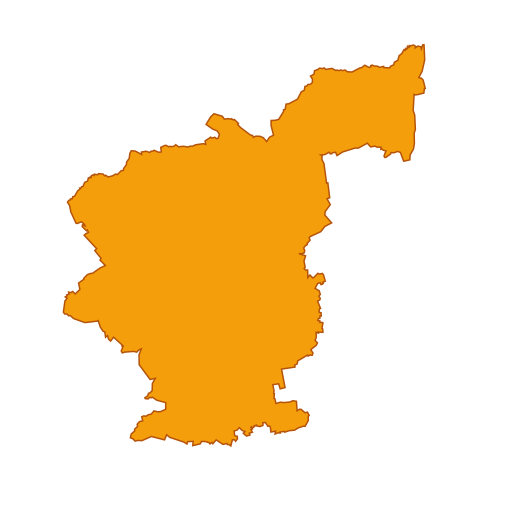 Carrick-On-Suir Lea-5, South Tipperary, Ireland, rotated 261°
{"feature_id": "5873133B72256716491480", "entity_name": "Carrick-On-Suir Lea-5", "entity_type": "district", "adm_level": 2, "iso_a3": "IRL", "parent_name": "Ireland", "parent_adm1": "South Tipperary", "projection": "orthographic", "projection_center": [-7.586, 52.495], "detail": "fine", "context": "isolated", "style": "filled", "palette": "amber", "viewbox_px": 512, "rotation_deg": 261, "n_neighbors": 0, "source": "geoboundaries", "source_scale": "gbopen_adm2", "svg_char_len": 6025}
<svg xmlns="http://www.w3.org/2000/svg" viewBox="0 0 512 512"><g transform="rotate(261 256 256)"><path d="M85.3,281.9L89.4,282.5L90.3,283.6L93.8,282.3L93.5,279.9L97.6,276.4L97.8,275.0L96.7,272.4L106.2,273.2L107.3,269.7L106.5,266.8L106.8,261.1L107.8,257.1L107.2,252.6L111.9,252.4L112.4,251.5L117.0,252.6L117.2,251.9L120.0,252.7L126.3,252.5L126.2,258.4L121.0,259.1L121.5,264.1L140.3,263.5L140.2,277.1L142.1,277.1L143.0,279.8L145.9,280.8L150.1,291.5L149.0,291.8L149.7,293.7L149.2,296.0L151.2,297.1L155.0,295.5L158.3,301.5L160.6,303.1L163.3,301.2L166.6,302.9L171.2,303.4L170.1,305.6L171.2,305.5L170.1,310.1L173.5,310.5L174.2,309.8L179.5,311.7L180.1,311.0L180.3,308.7L181.9,309.0L182.6,307.0L184.5,307.8L184.4,309.3L186.8,309.8L186.5,311.0L189.8,311.4L190.4,309.7L191.9,309.7L194.2,310.7L194.2,311.5L201.7,309.8L202.8,312.3L204.3,312.8L206.5,311.7L208.0,313.5L211.7,313.0L214.8,309.3L219.3,312.7L219.6,315.1L217.6,315.7L217.7,317.2L218.4,317.3L218.6,318.3L219.8,318.1L220.3,320.5L226.9,319.7L228.4,318.8L228.3,315.9L229.2,314.4L225.5,309.4L225.4,308.7L228.8,306.3L226.6,303.8L234.1,304.8L234.2,303.0L236.0,301.6L237.2,302.8L243.5,302.6L248.4,305.0L251.7,298.7L251.1,301.5L251.5,304.0L253.6,305.0L256.3,304.3L258.1,305.9L259.3,308.5L260.4,308.4L263.2,311.9L265.9,311.4L266.7,312.5L269.9,323.8L274.4,328.6L276.9,335.9L285.6,330.4L289.1,331.3L295.1,337.4L301.5,335.1L302.0,337.9L317.0,338.4L317.0,337.1L336.5,337.6L341.0,336.2L344.8,337.0L345.6,335.9L345.4,340.0L347.1,344.4L345.3,345.3L345.1,346.8L346.1,347.6L346.0,350.8L342.5,351.7L345.2,357.9L347.1,370.6L346.6,374.1L350.0,383.6L345.8,386.3L345.9,390.7L344.6,392.5L343.9,396.5L341.9,396.0L342.0,397.0L340.7,398.0L339.5,400.8L334.8,398.1L333.3,398.5L333.1,399.7L335.6,404.8L337.0,405.5L336.4,408.1L337.1,412.4L335.7,414.8L326.5,416.7L326.9,423.0L331.7,424.0L336.9,428.2L342.2,430.0L352.7,431.5L356.0,433.2L370.3,434.8L375.1,434.0L390.8,437.4L390.2,437.9L390.1,440.9L390.7,447.3L395.0,448.5L395.0,449.4L403.7,448.6L405.8,447.1L406.7,444.7L412.5,449.0L423.3,453.3L438.3,455.0L438.5,453.7L434.7,451.7L436.9,451.5L438.0,448.8L436.8,445.9L438.1,446.4L439.7,444.7L439.5,441.5L438.5,440.5L439.7,440.1L438.1,438.7L439.1,438.3L437.0,437.5L436.7,436.9L437.5,436.1L435.8,435.4L436.6,434.4L433.1,431.6L431.5,428.7L427.1,426.7L425.8,423.0L423.3,421.9L422.4,418.6L420.9,417.5L422.1,411.8L423.3,411.7L423.1,407.3L424.4,405.9L425.2,402.5L426.4,400.6L426.1,399.1L425.0,399.2L424.5,397.3L427.4,393.3L425.6,389.9L425.5,388.0L422.7,379.6L423.7,375.0L425.7,373.2L425.6,370.3L426.5,368.8L426.1,367.0L427.0,365.0L426.7,364.0L429.4,360.4L429.4,354.0L431.1,352.8L430.7,351.2L431.6,348.1L430.4,345.8L429.9,342.8L426.5,341.7L425.2,338.0L422.0,339.4L418.5,338.8L417.0,336.3L417.3,334.2L416.1,332.9L415.8,330.8L412.1,329.6L411.1,326.4L404.4,321.5L401.3,312.3L401.3,309.4L396.3,307.8L396.0,306.0L394.4,305.8L387.5,299.9L387.0,296.7L387.5,292.1L382.6,291.3L372.6,292.2L371.2,287.9L367.4,284.4L371.7,281.7L373.6,278.7L374.4,274.5L373.6,271.9L375.6,271.5L376.2,269.6L385.3,260.8L388.7,258.5L389.7,259.4L394.2,256.0L393.8,255.2L395.5,253.1L395.1,252.6L396.1,249.5L396.1,246.2L399.3,244.6L403.1,236.7L400.4,232.9L393.8,227.3L388.2,233.0L385.6,237.3L381.9,238.9L378.3,237.0L378.1,235.3L379.7,233.9L379.4,230.5L380.5,229.9L377.6,223.7L374.1,223.8L375.2,221.5L375.3,213.8L374.4,210.5L374.8,207.8L374.2,206.2L375.8,201.2L375.9,196.7L378.5,194.1L377.3,192.4L377.2,189.4L377.8,188.2L377.6,186.7L379.2,184.8L379.5,183.4L378.2,178.9L373.7,178.8L373.5,177.7L373.9,175.6L376.4,171.9L375.8,170.9L375.9,168.8L374.9,167.3L376.7,163.7L376.6,159.1L374.2,158.9L378.5,153.2L379.5,149.3L377.2,147.5L372.2,146.0L369.2,143.0L366.4,142.2L363.2,139.0L361.3,138.4L361.3,136.2L358.1,131.8L358.9,130.3L357.6,126.6L357.2,122.3L359.2,120.3L358.8,119.1L360.8,117.9L362.0,113.3L361.0,112.3L362.1,109.1L360.8,108.7L361.6,107.4L361.0,105.9L359.5,105.6L360.0,104.6L359.0,104.0L359.4,102.7L356.3,101.3L355.5,98.2L351.8,96.1L351.7,94.6L350.5,93.7L350.6,92.6L349.9,92.9L348.2,90.0L343.3,86.1L343.2,84.2L341.3,83.5L341.4,81.7L340.4,81.4L340.3,79.9L338.7,78.2L334.9,79.8L328.5,80.0L316.4,83.4L316.1,84.6L317.1,89.0L314.3,91.3L312.5,91.9L313.9,89.5L312.3,88.9L307.4,92.5L308.1,93.5L305.5,94.2L304.6,91.2L303.4,89.5L288.1,99.8L286.6,97.6L278.0,102.6L276.4,101.3L270.2,105.7L268.5,100.1L264.4,91.6L264.7,90.1L263.9,86.4L261.0,82.5L260.0,82.4L257.0,76.5L250.5,76.8L246.8,71.5L249.6,69.4L248.8,67.2L249.7,65.3L247.7,65.4L247.2,63.0L246.3,63.2L245.4,61.2L244.0,62.9L241.4,60.2L230.7,57.0L228.7,57.9L228.2,60.3L226.2,61.6L226.2,63.3L222.8,66.0L217.0,76.6L216.5,89.1L216.9,90.0L210.2,91.1L205.6,93.2L204.7,94.8L199.3,94.7L200.6,96.9L196.8,97.4L194.7,99.1L198.1,102.6L189.0,109.9L188.1,109.5L187.9,110.7L183.2,108.0L181.2,108.8L181.6,111.5L180.9,120.2L179.7,123.2L181.5,125.4L182.2,128.2L176.7,125.0L166.9,123.6L150.6,132.1L150.9,137.4L146.3,133.7L139.3,132.4L137.4,129.9L137.2,128.4L134.8,127.0L133.3,124.0L132.4,124.4L131.7,127.1L132.9,128.5L132.4,130.4L132.8,131.5L129.1,135.4L125.3,143.9L118.7,142.8L117.2,137.3L117.6,134.2L119.0,131.0L116.2,127.8L116.1,125.2L115.0,122.2L115.6,120.2L115.1,118.0L110.9,118.3L110.7,115.1L108.4,112.3L106.2,112.4L104.0,109.1L102.1,108.7L99.8,105.0L96.1,103.5L94.6,105.9L92.1,107.6L92.3,110.2L91.5,114.6L94.1,124.4L88.7,136.9L93.4,139.8L90.3,142.5L83.6,155.5L81.1,158.4L83.3,159.4L82.8,164.9L78.6,163.9L79.2,171.6L81.4,173.1L80.6,177.2L78.7,180.8L77.6,181.2L78.8,183.2L77.3,184.0L80.6,187.9L75.1,193.9L75.4,197.9L74.2,198.2L73.9,200.0L72.3,201.4L78.3,204.0L77.8,206.0L76.2,206.9L78.3,209.1L80.9,209.3L81.4,207.4L82.4,206.9L86.6,207.0L87.0,210.1L89.1,212.7L86.1,214.8L84.3,217.6L82.9,215.7L79.7,218.4L80.1,222.0L82.0,221.6L82.5,224.9L85.2,223.8L85.7,225.3L87.4,224.1L88.0,224.7L86.8,225.7L87.7,227.8L88.5,227.5L88.9,230.0L88.1,230.0L86.9,233.2L87.6,236.4L90.3,236.7L90.0,239.3L85.9,241.1L86.0,242.6L84.8,243.4L79.8,243.2L79.9,247.9L77.2,247.0L77.9,249.9L77.4,252.3L78.4,252.3L78.3,256.6L77.5,256.9L78.3,261.5L77.9,266.9L79.5,270.5L80.5,276.0L80.1,277.9L85.3,281.9Z" fill="#f59e0b" stroke="#b45309" stroke-width="1.5"/></g></svg>